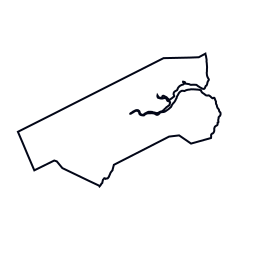 Mbini, Litoral, Equatorial Guinea, rotated 153°
{"feature_id": "11065452B69337055746076", "entity_name": "Mbini", "entity_type": "district", "adm_level": 2, "iso_a3": "GNQ", "parent_name": "Equatorial Guinea", "parent_adm1": "Litoral", "projection": "mercator", "projection_center": [9.733, 1.591], "detail": "fine", "context": "isolated", "style": "outline", "palette": "ink", "viewbox_px": 256, "rotation_deg": 153, "n_neighbors": 0, "source": "geoboundaries", "source_scale": "gbopen_adm2", "svg_char_len": 4734}
<svg xmlns="http://www.w3.org/2000/svg" viewBox="0 0 256 256"><g transform="rotate(153 128 128)"><path d="M230.7,132.8L208.5,132.5L206.6,130.6L204.7,122.1L187.1,99.0L179.9,89.7L179.9,88.9L179.3,89.1L177.7,89.9L177.5,90.0L177.0,90.5L176.2,90.6L175.9,90.7L175.8,90.8L174.8,92.1L173.8,93.2L172.9,93.5L172.7,93.6L172.0,94.0L171.5,93.8L171.1,93.2L170.9,93.0L170.9,92.9L170.7,92.9L169.2,92.4L168.9,92.4L168.8,92.5L168.7,92.5L167.2,93.2L167.2,93.3L165.3,94.8L163.8,96.1L162.4,96.8L161.6,97.1L161.0,97.4L161.0,97.5L160.9,97.6L157.3,101.6L95.3,101.7L85.8,98.2L78.9,85.5L58.6,81.4L58.5,81.5L57.7,82.8L57.3,83.7L57.0,84.2L56.6,84.5L56.0,84.7L55.5,84.8L54.8,84.7L54.2,84.9L53.2,85.5L52.7,86.0L52.2,86.7L51.9,87.3L51.6,88.1L50.9,88.9L50.3,89.4L50.0,89.7L49.0,89.9L48.0,90.0L47.3,90.0L46.9,90.2L46.3,90.9L46.1,91.4L45.9,91.9L45.7,92.1L45.3,92.0L45.0,92.0L44.7,92.4L44.4,93.0L44.2,93.8L43.6,94.7L43.0,95.3L42.6,96.0L42.4,96.4L41.8,96.7L41.2,96.9L40.4,97.1L39.5,97.9L39.0,98.8L38.7,99.5L38.7,100.2L39.0,100.8L39.1,101.6L38.9,102.3L38.7,102.9L38.8,104.1L39.1,105.2L39.0,105.9L39.0,106.6L38.7,107.4L38.5,108.5L38.6,109.5L38.1,110.8L37.7,111.4L37.6,111.9L37.6,113.0L37.5,113.7L37.4,114.5L37.3,115.2L37.4,115.7L37.9,116.0L38.5,115.9L39.0,116.0L39.3,116.3L39.6,116.9L40.0,117.9L40.2,118.6L40.4,119.1L40.7,119.5L41.0,120.1L41.2,120.4L41.8,120.6L42.6,120.9L43.6,121.6L44.1,122.4L44.2,122.8L44.8,124.0L45.3,124.9L45.7,125.5L45.9,126.3L46.1,127.3L45.9,128.1L46.0,128.5L46.7,129.3L47.6,130.0L49.0,130.9L49.8,131.3L50.6,131.9L52.3,132.8L54.3,133.9L55.5,134.2L56.7,134.7L58.1,135.1L59.2,135.3L59.9,135.3L60.9,135.3L62.0,136.1L63.1,136.7L64.6,136.7L65.8,136.4L67.0,135.9L68.3,134.9L69.5,134.2L70.4,133.5L71.1,132.6L72.3,131.9L73.3,131.0L75.3,129.9L76.6,129.5L77.6,129.0L78.7,128.4L79.4,127.7L80.4,127.1L81.2,127.0L81.8,126.8L82.9,126.5L84.2,126.3L85.7,126.1L86.4,126.0L87.3,125.9L88.0,125.9L89.0,126.1L90.5,126.7L91.1,126.9L92.0,127.2L92.7,127.1L93.4,126.7L94.4,126.4L95.2,126.3L95.8,126.4L96.3,126.6L96.7,127.0L97.3,127.9L97.7,128.6L98.2,129.2L98.9,129.6L99.6,130.1L100.7,130.7L101.3,130.9L102.1,131.3L103.0,131.8L103.8,132.1L104.7,132.4L105.7,132.4L106.6,132.4L107.3,132.2L107.6,132.1L108.2,132.0L108.9,132.5L109.6,132.8L110.1,133.3L110.7,133.8L111.1,134.4L111.3,135.1L111.4,135.6L111.2,136.1L111.0,136.8L111.0,137.4L111.4,138.4L111.8,139.0L112.5,139.5L112.9,139.6L113.6,139.8L114.7,139.8L115.7,139.7L116.7,139.6L117.7,139.6L118.4,139.5L119.1,139.5L119.4,139.6L119.5,139.7L119.4,139.8L118.9,140.0L118.6,140.0L118.2,139.9L117.6,140.0L116.4,140.3L115.2,140.3L114.4,140.3L113.5,140.3L112.6,140.2L111.7,139.8L110.9,139.2L110.5,138.3L110.3,138.0L110.3,137.5L110.4,137.0L110.5,136.5L110.6,135.6L110.5,134.8L110.1,134.3L109.7,133.7L109.2,133.2L108.7,132.9L108.0,132.7L107.1,133.1L106.3,133.2L104.9,133.2L103.0,133.2L102.3,133.1L101.3,132.6L100.4,132.1L99.7,131.7L99.2,131.4L98.4,130.5L97.3,129.7L96.1,128.5L94.5,127.8L93.6,127.8L92.6,127.9L91.4,127.8L90.9,127.6L90.0,127.4L89.2,127.7L88.8,127.7L88.2,127.6L86.9,128.3L85.8,128.5L84.2,129.1L82.9,129.2L81.8,129.5L81.0,129.5L80.3,130.0L79.6,130.8L78.8,131.8L78.9,132.8L79.7,133.3L80.3,134.0L80.6,134.6L80.5,135.7L80.5,136.7L81.0,137.4L81.6,137.9L82.3,138.4L83.6,138.5L84.7,139.0L85.7,139.6L86.9,140.8L87.4,141.1L87.6,141.9L87.5,142.5L87.3,143.2L86.9,143.7L86.8,142.6L86.8,141.9L86.4,141.1L86.0,140.8L85.0,139.8L84.5,139.8L83.8,139.8L83.3,140.3L82.9,140.7L82.1,140.8L81.6,140.5L81.2,139.9L80.3,138.7L79.7,137.9L79.4,136.7L79.1,136.0L78.7,135.0L78.4,134.5L78.1,134.3L77.5,134.3L76.3,134.5L75.8,134.6L74.9,134.7L73.8,135.0L73.1,135.1L72.5,135.2L72.2,135.8L72.1,136.8L72.1,137.3L71.9,137.7L71.4,138.4L70.5,139.1L69.8,139.3L68.7,139.4L67.9,139.4L67.0,139.5L66.3,140.0L65.8,140.6L64.7,141.3L64.4,141.4L63.8,141.6L63.1,141.9L61.9,142.0L60.6,142.0L59.7,141.8L59.2,141.7L58.6,141.8L58.0,141.9L57.6,142.4L57.5,142.6L57.4,142.8L57.7,143.1L58.1,143.7L58.1,144.0L57.9,144.3L57.7,144.2L57.2,143.7L56.9,143.5L56.6,143.2L56.5,142.7L56.9,142.1L57.0,141.7L55.8,140.9L54.7,140.1L53.6,139.3L53.0,138.5L52.4,137.9L51.9,137.7L50.8,137.2L49.7,136.7L48.7,136.1L47.5,135.4L47.1,134.7L46.7,133.7L46.0,132.6L45.4,131.5L45.0,130.9L44.5,130.2L43.9,129.3L42.9,128.5L42.2,128.3L41.2,128.8L40.4,129.6L39.6,130.2L39.0,130.2L38.7,130.2L37.9,130.9L37.2,131.6L36.8,132.2L35.8,133.2L34.4,134.0L34.0,134.5L33.9,135.3L34.0,136.0L34.0,137.2L33.9,138.2L33.6,139.4L33.3,140.1L33.0,140.9L32.7,141.6L32.2,142.2L31.5,143.5L31.0,144.5L30.1,146.0L29.6,147.1L28.9,148.8L28.3,150.2L27.9,151.5L27.3,152.5L26.8,153.6L26.4,155.1L26.0,156.2L25.8,157.0L25.7,157.8L25.3,159.1L32.8,158.9L40.8,162.6L64.6,174.1L131.5,174.3L132.3,174.3L169.3,174.4L169.5,174.4L187.1,174.4L227.8,174.6L228.6,162.6L229.6,149.3L230.7,132.8Z" fill="none" stroke="#020617" stroke-width="2"/></g></svg>